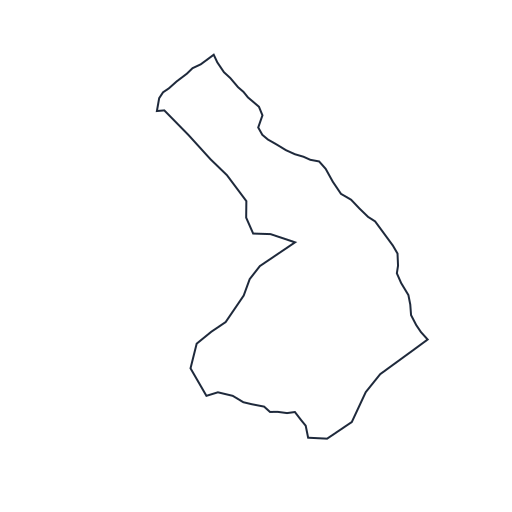 Melounta, Cyprus, rotated 146°
{"feature_id": "46923920B6129674637399", "entity_name": "Melounta", "entity_type": "district", "adm_level": 2, "iso_a3": "CYP", "parent_name": "Cyprus", "parent_adm1": "", "projection": "equal_earth", "projection_center": [33.699, 35.324], "detail": "fine", "context": "isolated", "style": "outline", "palette": "slate", "viewbox_px": 512, "rotation_deg": 146, "n_neighbors": 0, "source": "geoboundaries", "source_scale": "gbopen_adm2", "svg_char_len": 1128}
<svg xmlns="http://www.w3.org/2000/svg" viewBox="0 0 512 512"><g transform="rotate(146 256 256)"><path d="M160.4,90.8L161.8,100.7L161.8,109.1L160.5,120.3L155.3,129.4L151.5,138.4L150.8,152.4L148.9,162.9L143.7,168.5L137.3,178.9L136.7,188.0L137.3,203.4L137.9,218.1L141.2,225.7L143.7,237.6L145.7,249.5L150.8,260.0L150.8,274.6L149.5,289.3L150.8,299.1L157.2,305.4L161.1,311.7L166.9,318.7L172.0,327.0L176.5,336.8L181.0,345.9L183.0,352.9L182.3,361.3L172.0,369.0L170.1,378.1L174.0,392.0L174.6,399.0L176.5,406.0L177.8,417.9L179.8,426.3L179.8,438.2L178.5,446.5L194.6,445.8L203.6,447.2L211.3,445.8L224.2,445.1L234.5,443.7L241.5,443.7L248.0,441.0L257.1,431.6L250.6,428.0L244.3,393.9L239.6,361.5L234.9,339.3L233.3,306.9L242.7,293.3L245.8,276.2L231.7,266.0L216.0,245.5L236.4,245.5L258.4,245.5L274.1,240.4L288.3,230.1L318.1,218.2L335.4,218.2L354.2,216.5L373.1,199.5L375.3,167.8L363.8,164.3L353.5,153.1L348.3,141.9L342.5,135.6L333.5,126.6L331.6,118.9L325.2,114.7L318.1,108.4L311.0,104.9L310.4,95.1L309.7,87.5L314.4,76.2L299.2,64.8L269.4,64.8L241.1,81.8L219.1,88.6L172.0,90.3L160.4,90.8Z" fill="none" stroke="#1e293b" stroke-width="2"/></g></svg>